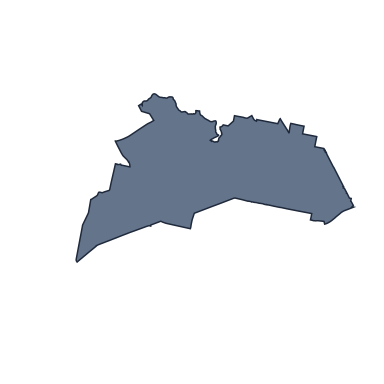 the district of Canning, Western Australia, Australia, rotated 56°
{"feature_id": "25037944B2496866637958", "entity_name": "Canning", "entity_type": "district", "adm_level": 2, "iso_a3": "AUS", "parent_name": "Australia", "parent_adm1": "Western Australia", "projection": "orthographic", "projection_center": [115.903, -32.049], "detail": "fine", "context": "isolated", "style": "filled", "palette": "slate", "viewbox_px": 384, "rotation_deg": 56, "n_neighbors": 0, "source": "geoboundaries", "source_scale": "gbopen_adm2", "svg_char_len": 5777}
<svg xmlns="http://www.w3.org/2000/svg" viewBox="0 0 384 384"><g transform="rotate(56 192 192)"><path d="M215.9,57.6L215.6,57.8L205.6,67.8L200.1,62.3L196.8,65.6L193.8,68.5L193.5,68.7L190.4,71.7L190.9,72.4L191.7,73.3L192.8,74.4L195.5,76.9L196.8,78.0L197.0,78.3L197.7,78.6L194.1,78.4L193.9,78.3L192.6,78.3L184.2,78.1L182.1,78.0L180.6,77.8L180.6,78.2L180.8,78.7L181.0,79.0L183.3,82.7L168.9,97.1L168.5,97.5L168.2,97.7L169.3,98.9L167.7,99.9L166.9,100.1L166.3,100.1L165.6,100.1L162.1,99.7L161.9,102.9L161.8,103.8L161.8,104.3L161.8,104.7L161.5,105.2L161.1,105.7L160.9,105.9L160.1,106.7L158.7,107.8L155.0,111.6L152.5,114.1L155.8,117.4L156.4,118.0L157.4,125.1L153.8,128.6L154.2,129.6L154.3,130.6L154.3,131.1L154.3,131.3L154.0,131.9L154.0,132.3L153.9,132.6L154.3,132.7L154.9,133.0L155.4,133.5L155.6,133.6L155.8,133.6L156.0,133.6L156.5,133.6L157.2,133.8L157.4,133.7L157.9,133.8L158.6,134.0L159.1,134.2L159.5,134.3L159.6,134.5L159.8,134.6L160.3,134.6L160.6,134.9L160.9,135.0L161.1,135.4L161.3,135.6L161.4,136.1L161.5,136.8L161.7,137.0L161.9,137.3L162.0,138.2L162.2,138.7L162.3,139.4L162.4,139.6L162.5,139.7L163.7,140.9L163.9,141.3L164.0,141.4L164.3,141.4L164.6,141.8L164.5,142.2L164.5,142.5L164.7,142.8L164.5,143.1L164.1,143.6L163.9,143.8L163.8,144.2L163.6,144.4L163.6,144.7L163.5,145.1L163.1,145.5L162.7,145.7L162.5,145.8L162.3,145.8L162.2,146.0L161.4,146.5L160.9,146.7L160.7,146.9L160.7,147.1L160.9,147.4L159.3,148.0L159.2,147.7L159.2,145.9L159.4,145.3L159.4,144.9L159.4,143.5L159.9,140.7L159.9,140.3L160.1,138.7L159.9,138.2L159.5,138.2L158.1,139.1L157.6,139.1L157.1,138.7L156.9,138.7L155.8,138.9L155.1,138.6L154.8,138.3L154.4,138.0L152.2,137.0L151.7,136.6L151.0,136.3L150.1,135.4L148.9,133.7L148.6,133.5L148.0,133.1L147.6,132.9L147.2,132.7L146.8,132.6L146.4,132.6L146.0,132.9L145.8,133.3L145.6,133.9L145.3,134.5L145.0,135.9L144.8,136.2L144.0,137.3L142.9,137.9L142.6,138.0L142.2,138.1L140.1,139.3L139.1,139.7L138.4,140.2L137.8,140.3L137.2,140.5L134.6,141.0L133.0,141.8L132.8,141.8L132.0,141.7L131.3,141.5L130.1,141.0L129.6,140.7L129.3,140.5L129.1,140.4L129.0,140.5L128.4,141.4L128.2,141.6L127.7,142.0L126.8,143.1L126.7,143.3L126.8,143.4L128.1,144.1L128.5,144.7L128.8,145.6L128.7,146.4L128.5,146.6L127.9,147.0L127.8,147.7L127.6,148.3L127.1,148.6L127.0,148.9L126.8,149.1L125.5,151.2L125.2,151.6L124.9,151.8L122.9,152.0L122.6,152.3L122.4,152.5L122.0,152.7L121.7,152.6L121.4,152.8L121.1,153.3L120.7,154.2L120.1,155.5L119.9,155.8L119.5,156.1L119.1,156.3L117.9,156.5L117.0,157.0L116.7,157.1L116.2,157.2L115.2,157.1L113.2,157.2L112.0,157.0L111.5,156.8L111.2,156.7L110.3,156.1L109.6,155.8L108.4,155.7L107.4,155.4L106.7,155.3L106.2,155.3L104.8,155.7L104.4,155.6L103.8,155.2L103.3,155.1L102.7,155.1L102.4,155.2L101.8,155.7L101.5,156.2L100.7,157.1L100.6,157.5L100.2,158.4L100.2,159.8L99.9,160.6L99.7,161.0L99.4,161.3L98.6,161.8L98.0,162.9L97.6,163.3L96.8,164.0L96.3,164.6L95.6,165.5L94.9,166.0L94.2,166.3L91.3,167.2L90.7,167.4L90.0,167.9L89.5,168.4L89.3,168.8L89.2,169.2L89.1,169.6L89.2,170.2L89.4,170.8L89.6,171.3L89.9,171.8L90.4,172.6L90.6,173.1L90.8,173.7L90.7,174.1L90.7,174.8L90.7,176.0L90.8,176.5L91.0,176.9L91.2,177.5L91.2,178.3L91.0,178.9L90.8,179.4L90.1,180.3L89.8,181.0L89.8,181.4L89.9,182.5L90.1,183.0L90.4,183.4L90.8,183.8L91.2,184.1L92.2,184.6L92.4,184.8L91.9,184.8L91.7,184.8L91.1,185.0L90.7,184.9L90.6,185.8L90.6,188.0L96.9,188.7L103.4,183.4L111.3,183.7L111.2,185.8L111.2,186.7L111.0,188.0L110.7,190.1L110.6,191.6L110.5,201.2L110.5,211.3L110.4,213.9L110.3,214.8L109.8,218.0L109.4,220.1L108.6,223.2L107.8,225.5L107.3,226.8L107.0,226.8L106.9,227.1L111.8,227.8L120.3,228.8L122.4,228.9L123.6,228.9L124.5,228.7L125.7,228.5L128.4,227.9L129.2,227.8L130.1,227.8L130.9,227.8L131.6,227.9L131.6,227.5L132.9,227.8L133.7,228.0L134.5,228.3L136.0,229.1L136.4,229.4L136.2,229.7L130.5,235.2L130.4,235.6L130.0,235.7L129.8,235.8L129.4,235.7L129.0,235.6L128.3,237.3L127.9,237.9L127.6,238.3L127.1,238.8L126.9,238.6L125.8,239.7L126.1,240.0L130.9,245.1L139.4,254.2L144.1,259.0L144.3,260.0L143.1,263.9L142.4,266.8L141.7,267.5L140.7,268.4L140.5,268.6L140.3,269.0L140.1,269.6L141.8,272.3L141.9,273.3L141.8,280.1L141.7,280.2L151.3,289.4L152.4,291.2L158.0,300.8L158.4,301.4L158.8,301.7L159.1,302.0L183.0,325.6L183.4,325.9L183.7,326.1L184.1,326.3L184.5,326.4L185.8,326.4L184.3,312.1L183.3,301.6L183.1,301.6L183.1,300.8L183.2,300.3L183.3,299.4L184.1,295.8L184.3,295.0L188.2,277.7L188.5,276.3L190.8,266.2L191.2,264.6L191.8,262.3L192.2,260.7L195.3,248.2L195.5,247.5L195.8,246.8L196.0,246.3L196.4,245.8L196.6,245.8L197.2,245.3L196.3,244.4L196.7,243.0L198.8,234.2L200.5,233.2L202.0,232.1L202.7,231.6L204.0,230.5L221.5,213.9L220.7,212.9L218.3,210.7L215.1,207.4L210.9,202.0L215.1,183.9L217.3,174.8L220.5,160.9L220.7,160.4L220.9,160.0L221.2,159.5L221.6,159.2L226.2,154.9L231.1,150.6L231.3,150.1L233.4,148.1L233.7,148.1L233.8,147.7L234.6,146.9L235.4,146.2L236.6,144.7L238.9,142.6L239.7,141.6L241.9,139.3L242.4,139.2L243.7,137.9L244.4,137.2L244.2,137.1L248.4,133.1L249.3,132.3L251.5,130.1L252.2,129.5L253.1,128.5L254.0,127.7L254.6,126.9L259.0,122.7L264.4,117.3L266.6,115.1L276.7,104.9L276.8,104.8L279.9,107.8L280.4,108.4L281.4,109.4L281.9,108.9L283.1,107.8L283.3,107.7L284.0,107.0L284.3,106.5L285.1,105.6L285.6,104.6L286.5,103.3L290.2,99.0L292.8,100.0L293.2,98.9L293.6,97.0L293.8,94.6L293.8,92.5L293.4,88.1L293.1,86.3L292.8,82.8L292.6,81.0L292.4,79.5L292.5,78.2L292.5,77.3L292.8,75.7L293.7,71.9L294.9,66.5L293.8,67.6L293.6,66.6L293.4,65.8L288.5,65.3L288.3,65.5L286.4,63.6L285.1,64.9L279.8,64.2L279.4,64.6L278.9,64.1L274.0,63.6L273.3,64.3L272.3,63.3L271.8,63.8L271.2,63.2L250.7,60.7L250.2,60.8L236.8,59.2L234.8,58.8L234.5,58.6L234.0,59.1L233.5,58.6L233.0,59.1L232.2,58.4L231.7,58.9L231.2,58.4L230.7,58.9L230.1,58.3L229.6,58.4L223.1,64.9L218.8,60.6L215.9,57.6Z" fill="#64748b" stroke="#1e293b" stroke-width="1.5"/></g></svg>